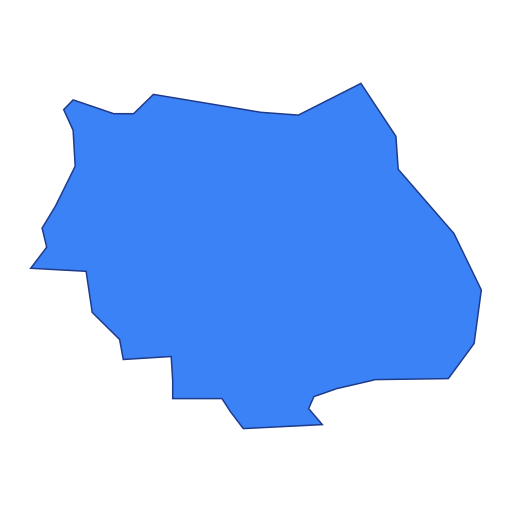 outline of Gramsh, Elbasan, Albania
{"feature_id": "67620474B60363170083379", "entity_name": "Gramsh", "entity_type": "district", "adm_level": 2, "iso_a3": "ALB", "parent_name": "Albania", "parent_adm1": "Elbasan", "projection": "mercator", "projection_center": [20.218, 40.831], "detail": "fine", "context": "isolated", "style": "filled", "palette": "blue", "viewbox_px": 512, "rotation_deg": 0, "n_neighbors": 0, "source": "geoboundaries", "source_scale": "gbopen_adm2", "svg_char_len": 562}
<svg xmlns="http://www.w3.org/2000/svg" viewBox="0 0 512 512"><path d="M55.4,206.2L42.1,228.1L46.7,247.2L30.7,268.3L86.1,271.3L92.2,312.4L119.6,339.5L123.3,359.5L171.2,356.5L172.7,380.6L172.7,398.6L222.0,398.6L230.4,411.6L243.3,428.6L322.3,424.6L308.6,408.6L313.9,396.6L336.7,388.6L354.2,384.6L375.4,379.6L448.3,378.6L474.1,343.5L481.3,290.0L454.0,233.6L398.2,169.3L395.9,136.3L360.9,83.4L298.3,115.1L260.8,112.3L153.4,94.4L133.6,113.7L113.8,113.7L73.1,99.9L63.7,109.6L73.1,130.3L75.2,166.2L55.4,206.2Z" fill="#3b82f6" stroke="#1e3a8a" stroke-width="1.5"/></svg>